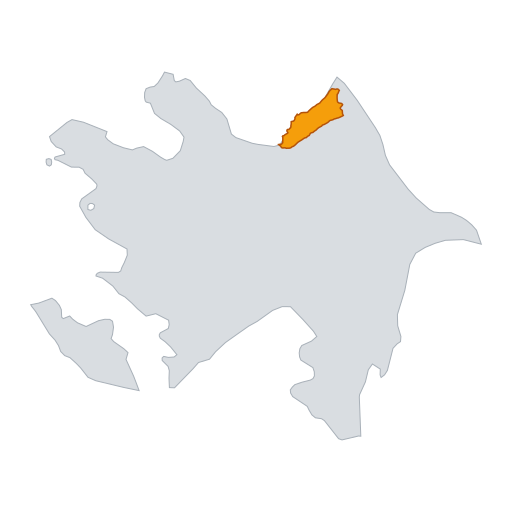 Qusar District, Qusar, Azerbaijan (highlighted)
{"feature_id": "54616110B21517829058101", "entity_name": "Qusar District", "entity_type": "district", "adm_level": 2, "iso_a3": "AZE", "parent_name": "Azerbaijan", "parent_adm1": "Qusar", "projection": "mercator", "projection_center": [48.257, 41.46], "detail": "fine", "context": "in_parent", "style": "filled", "palette": "amber", "viewbox_px": 512, "rotation_deg": 0, "n_neighbors": 0, "source": "geoboundaries", "source_scale": "gbopen_adm2", "svg_char_len": 5048}
<svg xmlns="http://www.w3.org/2000/svg" viewBox="0 0 512 512"><path d="M360.8,436.2L358.5,436.0L342.0,439.9L338.6,438.7L324.4,420.6L321.5,418.7L315.4,417.8L311.9,414.9L309.0,410.0L307.3,406.4L292.7,396.6L290.6,393.0L290.3,389.9L292.4,387.0L294.9,384.6L302.0,382.2L310.3,380.1L313.0,378.6L314.4,376.0L314.3,371.8L312.9,367.6L300.9,360.1L299.6,356.9L299.2,352.9L299.9,348.7L301.8,345.5L311.5,341.1L316.8,336.5L313.5,331.3L303.0,319.6L290.5,306.7L282.2,306.6L272.6,310.4L257.2,321.4L248.7,326.1L237.6,333.9L225.5,342.5L215.6,351.7L209.5,359.2L198.5,362.5L192.9,368.9L174.5,387.8L169.4,387.6L169.0,378.2L169.3,370.7L168.1,366.4L162.2,360.5L162.1,358.0L163.7,356.4L168.3,357.4L174.1,357.0L176.9,354.7L170.6,346.9L165.1,341.7L160.3,338.2L159.3,336.1L159.3,334.6L160.3,332.8L168.3,328.5L169.2,324.6L168.6,320.2L155.8,313.7L146.1,316.1L137.5,308.8L131.9,303.1L125.0,297.0L118.9,293.7L112.9,286.1L102.6,278.2L96.0,276.0L96.1,274.8L97.3,273.3L100.1,272.1L118.4,272.4L120.7,271.0L121.8,267.6L124.3,262.6L127.3,255.2L127.0,249.0L108.6,238.9L95.2,229.7L85.9,217.4L79.7,206.2L79.9,202.5L81.7,198.9L96.0,188.6L97.0,185.9L96.7,184.1L91.6,178.8L85.1,173.3L83.1,169.3L79.1,167.2L71.4,167.1L57.9,160.3L55.0,159.7L54.4,158.3L55.1,157.0L64.7,154.3L64.6,152.0L61.6,149.0L56.2,146.9L51.2,141.5L49.5,136.6L66.9,122.5L72.0,119.6L83.4,122.2L107.0,131.6L105.4,136.9L107.8,139.8L113.2,143.8L123.6,147.8L132.4,149.9L136.8,148.1L143.6,146.6L152.4,151.3L160.5,157.1L164.6,159.5L166.7,160.3L172.9,158.3L180.3,150.7L183.2,141.5L184.0,137.1L179.7,131.0L170.8,124.4L160.8,118.5L154.5,113.4L150.4,103.2L146.2,102.1L145.2,100.8L144.5,97.3L144.7,92.5L146.1,88.7L150.1,87.1L154.2,86.5L157.9,83.0L162.5,75.9L164.5,72.1L173.1,74.3L174.3,80.6L175.8,81.9L179.4,81.2L185.4,78.5L190.2,80.5L196.3,88.0L204.8,95.9L209.4,101.2L211.2,104.8L215.5,108.3L221.8,112.5L226.9,119.0L231.4,134.1L235.9,137.6L252.3,143.3L258.0,144.4L274.0,146.5L279.7,145.0L287.9,132.0L295.4,118.7L302.3,115.9L314.8,109.4L322.3,103.3L325.5,96.6L332.6,84.1L337.0,77.1L344.3,83.3L357.2,100.3L375.4,127.7L379.9,135.5L382.9,144.5L385.4,155.4L389.6,164.9L408.1,189.1L416.1,197.9L429.2,209.4L433.8,212.0L439.9,212.7L451.1,212.7L461.4,217.2L466.5,220.4L471.8,224.9L476.5,230.2L481.3,244.2L463.4,239.6L445.3,240.3L435.1,243.3L425.2,247.4L415.7,253.2L409.8,264.4L404.8,290.4L397.4,314.6L397.7,325.8L400.9,336.5L400.5,341.6L397.2,343.8L393.0,348.3L387.4,370.4L384.6,374.8L381.1,377.5L380.1,374.9L380.3,369.1L372.4,364.0L368.3,369.8L365.4,381.9L359.6,394.6L359.3,397.0L360.8,436.2ZM93.8,208.6L94.6,205.1L92.4,203.5L90.0,203.4L87.9,205.2L87.9,209.5L90.8,210.3L93.8,208.6ZM34.7,310.2L31.9,306.7L30.7,304.7L38.7,303.1L51.9,298.2L55.5,300.6L59.4,305.4L61.3,309.6L61.7,317.3L63.3,318.6L69.7,316.0L72.6,319.1L77.5,322.8L86.1,326.5L98.5,320.7L104.7,319.3L109.8,319.4L112.5,321.2L113.5,327.2L112.5,334.6L111.1,338.6L113.7,341.6L123.8,348.7L128.0,352.6L126.0,359.4L133.6,376.1L136.1,382.6L139.1,390.6L123.6,387.4L95.7,380.7L88.0,377.3L80.7,368.0L76.4,363.5L70.0,357.7L64.7,355.6L60.7,351.5L58.5,345.6L55.1,340.2L49.4,333.9L36.3,312.5L34.7,310.2ZM51.3,164.8L49.5,166.1L46.9,164.8L46.1,162.1L46.3,159.3L48.9,158.6L51.1,159.4L51.7,162.0L51.3,164.8Z" fill="#d9dde1" stroke="#a8b0b8" stroke-width="1"/><path d="M332.0,88.7L331.6,88.9L331.1,89.5L330.1,90.4L328.9,91.8L328.2,93.3L327.0,95.0L325.9,96.5L324.9,97.8L323.2,99.2L321.9,100.4L319.7,103.1L316.8,104.6L315.5,105.8L314.6,106.4L312.7,107.4L311.5,108.4L310.3,109.5L308.6,111.1L307.6,112.3L305.7,112.5L303.6,112.5L301.2,112.8L300.5,113.3L299.1,114.6L297.9,114.9L297.2,114.2L296.2,115.6L294.9,117.5L295.0,118.7L294.3,120.3L293.5,121.1L292.0,121.4L291.2,121.7L291.2,122.4L291.2,123.4L291.2,124.3L291.0,124.8L290.9,125.7L290.9,126.9L290.4,127.9L289.8,128.4L288.9,129.4L288.4,129.5L287.5,129.5L286.9,130.2L287.0,131.3L287.9,132.6L287.6,133.3L285.6,134.3L284.6,135.0L284.1,135.6L282.9,135.8L282.4,136.6L282.8,137.1L282.8,138.8L282.8,140.0L282.7,141.5L282.7,142.8L282.2,143.2L281.7,144.0L281.0,144.4L279.8,144.3L278.7,144.5L278.9,144.7L279.2,145.1L280.7,146.2L281.3,147.3L282.1,147.9L283.9,147.9L285.1,147.8L286.3,148.3L287.3,148.2L287.9,148.2L288.8,148.2L289.9,148.1L291.1,147.6L292.3,146.6L293.2,146.4L294.0,145.9L295.1,145.0L295.7,144.5L296.2,143.9L298.0,142.2L299.9,141.0L301.9,139.8L304.2,138.2L304.9,137.8L306.1,137.7L307.9,136.1L309.2,135.5L309.8,134.4L310.3,133.4L311.5,132.7L312.8,132.5L314.6,131.0L316.2,130.0L317.2,128.9L318.6,127.7L321.6,126.1L322.5,125.0L323.9,124.6L324.7,124.2L325.8,123.6L326.7,123.1L327.7,122.5L328.7,121.7L329.2,121.1L330.2,120.4L332.0,120.0L333.2,119.6L334.3,118.9L335.5,118.7L337.2,118.1L338.3,117.9L340.4,117.0L341.1,116.6L341.7,116.4L343.3,115.5L342.9,114.6L342.5,113.8L342.3,110.6L341.7,109.9L340.8,109.3L340.3,108.5L340.3,107.7L340.9,107.0L341.4,106.3L342.3,105.4L342.6,104.6L341.8,103.6L341.0,103.3L339.5,103.1L338.8,102.9L337.7,102.1L337.4,101.3L337.2,99.7L337.1,97.9L337.1,96.3L337.2,94.4L337.9,93.6L338.5,92.2L338.9,91.1L339.3,90.4L338.5,89.5L337.7,89.0L336.7,89.0L335.4,89.4L334.4,89.1L332.0,88.7Z" fill="#f59e0b" stroke="#b45309" stroke-width="1.5"/></svg>